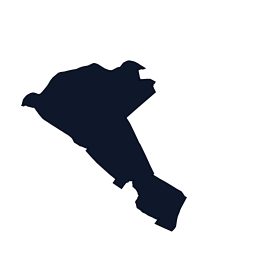 outline of Seitin, Arad, Romania, rotated 129°
{"feature_id": "2599482B44381411397281", "entity_name": "Seitin", "entity_type": "district", "adm_level": 2, "iso_a3": "ROU", "parent_name": "Romania", "parent_adm1": "Arad", "projection": "natural_earth1", "projection_center": [20.85, 46.157], "detail": "fine", "context": "isolated", "style": "filled", "palette": "ink", "viewbox_px": 256, "rotation_deg": 129, "n_neighbors": 0, "source": "geoboundaries", "source_scale": "gbopen_adm2", "svg_char_len": 3149}
<svg xmlns="http://www.w3.org/2000/svg" viewBox="0 0 256 256"><g transform="rotate(129 128 128)"><path d="M177.0,224.6L176.3,223.1L175.5,222.9L175.2,222.8L174.6,222.4L174.1,221.5L173.9,220.7L173.8,219.8L173.7,219.7L173.6,219.4L173.1,218.4L172.8,217.7L172.3,216.7L171.9,215.7L171.8,215.4L171.4,214.9L171.2,214.7L170.9,214.5L170.6,214.2L170.6,213.8L170.7,213.2L170.9,212.5L171.2,211.3L171.7,209.7L172.2,207.7L172.5,206.7L173.0,204.8L173.4,202.4L173.7,201.2L173.8,199.9L173.8,198.9L173.7,197.7L173.7,197.4L173.5,195.9L173.3,194.2L173.0,190.8L172.6,187.3L172.2,184.2L172.0,182.1L171.5,178.1L171.0,173.5L170.6,170.6L170.5,169.2L170.5,167.0L170.6,164.8L172.5,160.6L172.1,158.0L171.7,154.2L170.9,152.6L169.9,149.0L168.9,146.2L169.3,145.8L171.8,146.0L173.2,137.3L173.6,133.9L174.1,130.6L174.5,123.1L175.0,113.4L175.0,105.0L179.7,104.7L178.9,95.2L177.9,95.2L176.0,95.4L171.7,95.5L169.8,94.3L168.6,94.3L168.2,94.3L165.4,90.8L165.9,90.7L166.6,90.2L167.4,89.8L167.7,89.5L168.3,88.7L168.7,88.3L169.0,88.0L169.4,87.7L169.7,87.6L170.0,87.4L170.0,87.1L170.1,86.2L170.2,84.1L170.3,83.0L170.7,81.9L171.4,80.0L171.5,79.8L171.8,79.4L172.3,78.9L172.6,78.4L172.8,78.1L173.0,77.6L173.2,77.2L173.3,76.8L173.3,76.5L175.2,76.3L175.8,76.2L176.2,76.1L176.3,75.9L176.6,75.7L180.0,75.5L180.4,75.4L180.7,75.1L181.1,74.7L181.2,74.3L181.4,73.8L181.6,73.3L181.9,73.0L183.0,71.9L183.9,70.6L183.7,68.9L183.5,66.5L183.5,66.2L183.8,64.7L183.8,64.1L183.7,63.1L183.1,61.4L182.6,56.9L181.5,53.1L180.7,49.0L179.4,46.9L184.8,46.6L184.7,46.2L184.6,45.7L184.5,45.3L184.2,44.2L182.9,39.1L180.8,31.3L180.5,29.9L180.4,29.6L180.3,29.4L177.4,29.1L175.7,29.2L174.8,29.3L172.3,30.7L169.3,32.5L166.9,33.7L165.9,34.2L164.7,34.6L161.7,35.5L160.6,35.9L158.7,36.6L157.0,37.0L155.6,37.3L145.6,39.2L146.0,41.0L145.4,42.6L144.3,46.4L145.2,51.4L145.9,57.0L146.9,64.4L148.1,71.2L149.2,79.4L149.2,79.6L147.4,79.6L143.5,88.0L141.8,91.3L138.9,97.1L133.4,108.8L133.6,109.1L127.9,120.8L124.4,128.2L123.3,130.8L121.5,136.4L106.1,133.8L83.0,129.6L81.6,132.8L81.4,133.2L80.7,134.2L80.3,135.9L79.2,135.6L79.0,136.2L78.5,136.2L76.9,135.9L75.4,136.1L76.2,140.1L76.4,141.3L77.2,142.3L79.0,144.4L80.7,146.2L82.3,148.0L83.6,149.4L83.2,149.7L82.5,149.8L82.2,150.6L80.0,153.2L78.4,155.1L78.1,155.5L77.3,156.3L77.0,156.7L76.8,157.2L76.0,156.8L74.8,156.0L74.0,155.5L73.4,155.3L73.1,154.7L72.8,153.9L72.4,153.4L72.5,153.4L71.9,153.2L71.2,152.8L72.0,158.8L72.1,160.6L73.0,164.7L74.9,168.5L76.1,170.0L77.8,170.9L80.2,172.0L81.6,172.1L83.7,172.0L85.7,172.0L86.6,172.6L87.8,173.7L88.8,174.2L91.9,175.5L93.7,176.3L95.6,178.9L97.0,183.3L97.3,185.6L97.7,188.9L98.0,191.3L98.6,193.2L99.3,194.7L100.3,195.5L104.8,197.7L105.5,198.2L109.5,201.6L111.8,203.0L115.3,204.8L117.7,207.0L121.9,210.4L124.5,212.3L127.7,215.3L129.4,216.3L131.6,216.7L136.0,217.6L139.5,217.6L145.3,216.8L149.5,216.7L154.3,216.8L156.9,217.2L158.4,218.1L159.4,220.7L159.9,222.2L160.5,223.4L161.4,224.3L162.5,225.1L165.5,226.4L166.1,226.6L166.6,226.7L167.3,226.8L168.9,226.9L169.4,226.9L170.4,226.9L170.6,226.8L171.0,226.8L171.5,226.8L172.0,226.7L172.6,226.4L173.6,226.0L174.6,225.5L175.9,224.8L177.0,224.6Z" fill="#0f172a" stroke="#020617" stroke-width="1.5"/></g></svg>